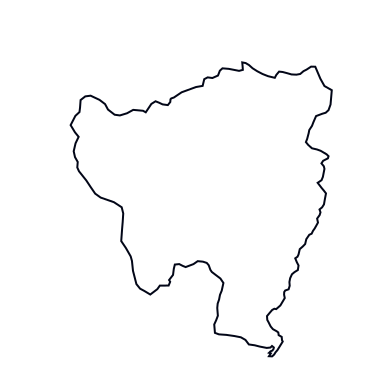 Kota Marudu, Sabah, Malaysia, rotated 191°
{"feature_id": "92858781B52597028656426", "entity_name": "Kota Marudu", "entity_type": "district", "adm_level": 2, "iso_a3": "MYS", "parent_name": "Malaysia", "parent_adm1": "Sabah", "projection": "natural_earth1", "projection_center": [116.764, 6.454], "detail": "fine", "context": "isolated", "style": "outline", "palette": "ink", "viewbox_px": 384, "rotation_deg": 191, "n_neighbors": 0, "source": "geoboundaries", "source_scale": "gbopen_adm2", "svg_char_len": 2670}
<svg xmlns="http://www.w3.org/2000/svg" viewBox="0 0 384 384"><g transform="rotate(191 192 192)"><path d="M87.6,327.7L94.9,338.5L99.0,337.8L102.9,334.0L105.6,331.9L108.3,328.5L111.9,327.1L116.7,326.4L121.4,326.8L125.9,327.1L129.5,326.8L131.6,323.0L132.5,319.9L139.4,320.2L145.3,321.3L151.0,323.0L156.1,325.0L160.3,327.5L163.9,328.8L167.4,328.8L166.2,324.7L165.4,321.6L168.9,319.9L174.9,319.9L179.4,319.9L185.7,319.2L187.8,316.4L188.7,311.3L193.7,307.8L198.5,307.5L201.5,305.1L201.8,298.2L208.1,295.8L221.2,287.9L227.8,281.3L230.2,279.9L230.8,278.9L230.5,276.2L232.3,272.7L237.6,272.4L241.5,273.4L245.1,274.1L248.7,270.7L252.6,261.4L255.6,262.4L265.4,261.4L270.8,256.9L277.4,253.4L282.7,253.1L290.2,256.9L294.1,261.7L300.4,264.8L309.9,267.2L315.0,265.5L318.9,261.0L318.0,253.4L317.7,249.0L321.0,244.5L323.9,234.5L318.3,228.3L313.8,224.5L315.6,217.6L315.9,209.4L313.5,203.9L309.9,199.7L309.4,195.2L309.3,194.2L306.9,190.8L298.0,183.2L292.6,177.7L286.7,171.9L280.6,169.1L266.7,167.1L258.1,163.6L255.4,157.8L254.3,149.2L253.5,141.8L252.1,130.3L246.2,124.4L239.9,117.1L237.8,112.9L234.9,103.4L229.0,91.0L224.5,87.2L220.0,85.8L213.4,83.4L207.5,90.0L205.7,94.0L197.1,95.7L196.3,99.7L197.7,101.2L194.8,107.0L195.2,113.1L195.0,117.5L190.8,118.8L187.0,117.7L183.9,117.1L176.8,121.5L173.2,125.2L168.0,125.7L164.0,125.2L161.6,123.3L159.1,119.1L157.3,117.3L152.9,115.1L147.6,112.5L143.8,108.7L144.0,100.8L144.9,96.4L144.9,91.5L145.5,87.4L145.1,83.2L144.9,82.3L143.0,75.5L143.8,70.8L144.9,66.2L142.6,58.1L138.4,57.4L131.0,58.3L122.9,58.7L116.3,58.7L111.3,57.0L107.1,53.2L101.2,53.5L96.0,53.2L88.9,53.2L85.3,54.3L84.1,56.1L82.0,55.0L82.0,53.6L82.8,51.7L84.5,50.6L85.4,49.2L85.7,48.8L83.8,48.6L84.9,46.0L85.1,45.5L82.1,45.9L81.9,46.0L80.3,48.2L79.4,50.6L78.0,53.0L74.4,62.5L75.4,63.8L76.3,66.9L78.0,67.5L79.6,68.0L80.5,70.6L82.4,71.5L86.4,72.8L89.1,75.0L92.2,79.0L93.7,80.8L94.7,84.5L92.9,87.8L90.8,91.5L88.9,93.1L87.0,93.1L83.6,97.5L80.7,105.6L82.0,108.7L82.4,111.4L81.7,113.1L78.6,114.9L78.2,118.6L79.2,122.2L79.2,126.1L78.2,130.3L76.1,132.9L73.2,135.6L73.4,140.2L75.7,143.1L78.0,146.6L76.1,148.6L75.5,151.0L75.3,156.5L72.9,159.6L71.0,162.5L70.8,167.5L68.7,172.4L66.6,173.9L65.8,177.0L64.6,179.6L62.5,186.0L64.1,189.8L62.3,193.7L62.0,196.6L63.5,199.2L61.4,201.7L60.1,205.0L60.2,210.9L60.2,216.2L62.7,218.4L65.4,220.6L70.4,225.0L67.1,228.3L66.4,231.8L66.4,240.0L67.5,242.4L70.4,244.8L69.2,247.7L65.0,251.0L64.8,253.2L67.1,254.7L73.6,257.0L77.4,257.6L82.6,257.8L86.8,260.3L89.7,262.7L89.1,266.0L88.7,271.9L88.7,275.2L86.8,279.9L86.2,283.4L84.7,290.2L79.0,293.7L75.9,295.3L73.6,298.4L72.7,304.3L74.2,318.6L82.2,321.3L87.6,327.7Z" fill="none" stroke="#020617" stroke-width="2"/></g></svg>